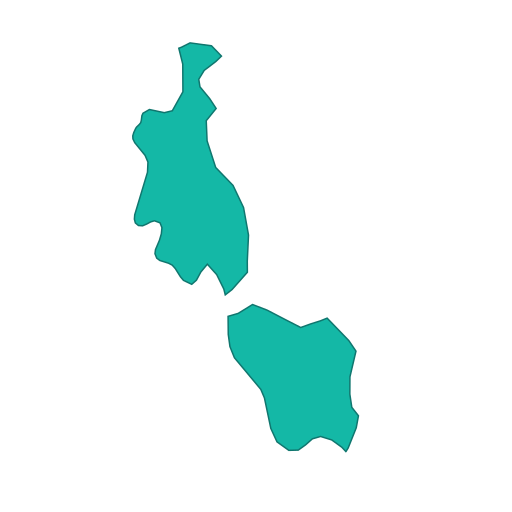 the Canton of Posavina, rotated 226°
{"feature_id": "BIH-3153", "entity_name": "Posavina", "entity_type": "Canton", "adm_level": 1, "iso_a3": "BIH", "parent_name": "Bosnia and Herzegovina", "parent_adm1": "", "projection": "robinson", "projection_center": [18.542, 44.999], "detail": "fine", "context": "isolated", "style": "filled", "palette": "teal", "viewbox_px": 512, "rotation_deg": 226, "n_neighbors": 0, "source": "natural_earth", "source_scale": "10m", "svg_char_len": 1406}
<svg xmlns="http://www.w3.org/2000/svg" viewBox="0 0 512 512"><g transform="rotate(226 256 256)"><path d="M249.4,206.9L254.6,209.9L269.9,214.8L283.9,215.3L282.8,205.2L280.0,196.4L280.2,191.5L280.3,190.1L288.8,186.9L293.5,187.2L302.9,189.2L307.6,189.4L311.5,188.1L319.6,183.7L323.4,183.1L327.8,184.9L330.4,188.1L334.4,197.5L337.7,203.3L341.7,208.0L346.5,210.0L351.9,207.4L353.7,203.9L354.9,199.6L356.5,195.4L359.6,192.6L363.6,192.2L367.0,194.1L369.9,197.4L391.6,236.1L398.6,243.5L405.4,246.1L421.7,247.5L425.7,248.8L428.0,250.8L429.7,253.8L431.4,258.2L431.7,259.7L431.7,263.6L432.0,265.7L433.3,267.8L436.2,271.4L437.2,273.9L435.4,281.1L422.8,289.6L418.6,296.7L424.9,317.5L444.9,336.6L459.1,344.8L458.0,347.3L455.1,356.6L438.1,370.0L423.8,370.0L423.8,362.2L425.5,347.7L422.9,337.6L416.6,333.2L401.4,332.0L389.8,329.8L387.9,314.2L372.8,300.8L347.7,288.5L322.7,288.5L299.5,280.7L276.2,265.1L258.4,246.2L250.3,238.5L248.5,215.4L249.4,206.9ZM107.7,142.0L121.7,146.9L148.1,163.5L156.7,166.8L197.8,169.8L208.9,174.3L218.9,181.6L232.0,194.0L227.1,203.3L223.5,219.8L209.3,226.4L189.6,233.0L173.5,238.5L169.0,248.5L164.6,257.3L161.9,264.0L149.4,264.0L130.6,264.0L118.1,261.8L103.8,239.6L91.4,227.5L80.6,219.8L69.9,218.7L62.8,208.8L53.9,189.0L52.9,185.1L52.9,184.8L58.7,184.9L71.1,182.7L81.3,177.1L85.3,169.6L85.7,160.5L87.0,151.6L93.4,144.6L107.7,142.0Z" fill="#14b8a6" stroke="#0f766e" stroke-width="1.5"/></g></svg>